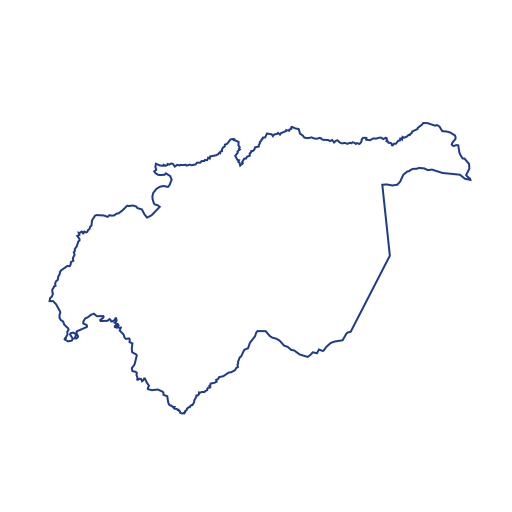 the district of La Plata, Huila, Colombia, rotated 194°
{"feature_id": "7082276B59987699383018", "entity_name": "La Plata", "entity_type": "district", "adm_level": 2, "iso_a3": "COL", "parent_name": "Colombia", "parent_adm1": "Huila", "projection": "orthographic", "projection_center": [-75.962, 2.328], "detail": "fine", "context": "isolated", "style": "outline", "palette": "blue", "viewbox_px": 512, "rotation_deg": 194, "n_neighbors": 0, "source": "geoboundaries", "source_scale": "gbopen_adm2", "svg_char_len": 6114}
<svg xmlns="http://www.w3.org/2000/svg" viewBox="0 0 512 512"><g transform="rotate(194 256 256)"><path d="M375.4,321.3L375.3,318.5L373.6,315.5L375.2,313.5L373.3,311.9L370.5,311.1L368.7,311.3L364.4,312.7L363.4,314.4L358.6,312.8L356.3,309.7L357.1,303.8L358.2,301.7L362.5,301.6L365.8,300.1L368.8,297.1L370.9,292.6L371.0,288.8L369.9,285.8L368.0,282.7L366.8,281.6L363.6,281.4L361.3,280.4L367.2,270.2L371.0,266.9L374.3,269.4L378.0,273.6L382.6,273.8L384.4,275.1L387.7,275.2L391.5,273.7L393.2,273.6L396.7,267.8L399.6,264.2L401.6,263.3L403.5,261.0L405.9,260.2L408.0,260.2L409.4,258.1L413.5,258.5L420.7,257.1L422.0,256.1L423.7,250.8L423.0,245.6L424.0,244.4L424.1,241.9L425.3,240.4L425.5,238.7L426.5,237.8L428.6,238.2L428.9,236.2L429.5,236.1L430.5,237.4L431.2,237.5L432.6,235.7L433.7,235.7L432.4,233.7L434.3,232.2L431.4,229.9L431.0,228.3L431.9,227.2L432.3,221.9L433.5,218.9L433.0,217.0L433.7,215.5L432.3,213.3L433.2,209.7L432.1,207.2L434.1,205.3L433.8,203.1L434.2,201.1L436.7,200.6L441.5,195.1L442.3,193.3L442.1,190.6L442.9,188.3L442.6,184.9L444.0,182.9L444.2,180.5L443.3,178.6L444.7,177.5L444.6,176.6L445.5,174.4L445.0,171.9L444.0,170.5L444.0,168.7L444.4,166.9L445.6,165.4L445.4,162.3L441.9,163.1L438.3,160.8L432.8,154.9L432.2,153.6L432.4,151.2L431.6,148.3L429.8,146.6L427.4,145.8L425.3,142.9L420.8,140.4L420.0,139.2L420.8,136.7L419.9,134.0L420.8,131.2L420.6,130.4L421.5,129.9L421.5,128.8L417.7,127.7L414.3,129.3L413.7,131.3L417.5,135.0L417.2,136.2L414.9,137.4L412.8,137.1L411.5,135.8L412.1,132.2L410.4,132.5L409.3,134.0L409.3,135.1L411.5,137.6L411.7,139.5L403.0,146.2L403.0,147.2L403.7,148.1L407.3,148.7L407.7,150.7L406.5,154.3L404.6,155.6L401.9,159.0L399.3,160.8L395.9,159.1L389.6,160.7L389.1,160.0L389.3,159.2L391.7,156.1L391.0,155.3L384.4,157.2L382.9,159.3L381.6,158.7L380.7,157.5L379.8,157.6L377.8,159.5L377.3,161.6L376.8,161.8L375.7,160.0L375.7,159.1L377.0,157.1L373.5,156.5L372.6,155.5L373.2,154.8L375.4,154.8L376.1,153.8L375.7,152.9L374.0,152.8L369.9,153.8L370.2,150.7L365.5,147.8L363.8,145.0L362.2,144.1L359.1,145.3L358.4,144.6L357.8,141.8L354.8,141.3L354.1,135.9L352.9,132.7L348.6,131.5L347.6,130.8L347.6,121.4L349.4,117.1L348.0,114.4L344.8,114.5L343.3,113.7L343.2,111.7L341.4,108.9L341.4,107.4L340.6,107.3L339.4,108.7L337.9,108.9L336.2,106.9L335.4,108.0L334.9,110.1L334.2,110.3L331.1,106.5L328.5,104.3L329.0,101.4L328.6,100.7L324.7,100.6L318.8,102.7L313.7,101.7L312.8,101.0L312.2,98.9L308.2,98.5L305.7,92.5L304.1,90.6L302.4,90.1L301.8,90.4L300.6,89.5L298.6,89.8L298.9,88.6L298.2,88.1L295.9,88.4L294.8,87.7L294.0,88.1L293.4,87.1L292.4,87.0L291.5,85.5L290.0,85.3L287.7,85.9L287.9,86.5L286.9,87.2L287.3,88.2L285.9,90.0L286.0,91.2L284.8,92.9L283.6,93.3L283.6,94.3L282.5,95.8L281.6,96.0L280.6,99.5L281.0,100.8L279.9,104.9L280.0,106.4L278.9,106.5L277.9,108.1L278.3,109.8L276.9,109.9L275.9,110.9L273.1,111.5L272.8,112.4L270.9,114.1L271.1,115.6L270.5,116.7L269.1,117.0L268.6,117.8L269.8,118.8L269.1,119.7L269.2,121.2L265.2,123.2L263.8,124.6L264.7,126.1L263.0,127.5L262.5,129.6L258.7,131.4L254.3,136.3L251.8,137.3L248.7,140.2L248.0,142.7L246.7,143.8L247.7,146.4L247.3,147.4L247.8,148.7L247.3,153.5L246.1,155.1L244.7,162.1L241.4,164.6L240.9,170.3L237.5,177.9L237.3,181.6L236.4,183.5L228.4,185.4L223.3,181.7L220.3,180.7L216.6,180.7L212.8,179.7L207.0,175.8L203.3,175.5L199.1,173.4L196.2,173.6L189.6,171.0L181.5,170.6L179.3,173.1L177.6,176.3L173.3,176.4L172.3,180.5L168.6,180.0L167.6,180.4L165.9,184.6L162.5,189.7L159.0,192.0L151.6,195.2L149.4,202.8L148.7,203.8L145.8,205.4L126.2,288.7L150.7,355.7L146.3,357.1L140.8,357.4L136.1,359.4L134.1,363.1L132.8,370.1L132.0,371.5L129.5,374.7L127.8,375.4L127.2,376.6L124.8,378.5L121.2,379.5L119.2,380.9L114.0,381.7L110.2,380.9L106.1,382.4L95.1,381.7L77.8,384.2L72.0,381.5L66.4,381.7L67.0,382.8L70.2,384.2L71.7,385.4L70.1,392.4L71.5,396.8L77.3,401.0L79.1,400.6L82.0,403.4L83.7,405.6L86.5,412.3L88.3,412.1L90.7,410.6L91.6,410.6L93.1,411.6L92.7,413.9L90.8,417.7L91.1,419.6L92.1,421.1L97.4,422.8L101.1,422.9L105.5,422.2L109.1,425.8L111.2,426.7L112.7,426.6L113.5,425.8L122.0,426.4L125.9,425.5L126.7,423.6L130.0,419.5L130.0,418.3L134.5,414.6L134.7,412.8L135.7,412.0L136.0,410.6L137.2,410.4L138.6,408.3L140.9,406.6L142.6,407.0L142.5,404.4L143.6,405.1L144.5,404.9L144.3,402.9L145.9,402.2L147.4,398.8L149.3,398.3L150.1,396.4L150.9,396.4L151.8,398.0L152.9,398.3L154.8,397.9L155.6,398.9L157.1,399.0L156.8,400.2L157.6,400.8L157.7,401.9L158.8,402.1L160.8,400.2L163.1,401.1L165.1,400.6L168.1,398.8L170.4,398.6L173.5,395.9L177.2,395.5L177.3,397.1L177.9,397.3L180.7,396.5L181.6,394.7L181.4,392.5L182.1,390.6L182.9,389.7L185.3,390.0L186.3,388.9L188.1,389.7L189.8,389.7L190.6,388.5L192.3,388.6L194.3,387.0L197.4,387.2L199.5,386.1L202.2,386.4L204.9,388.0L206.3,387.2L207.7,385.0L210.1,387.0L212.1,385.4L214.1,386.0L218.9,385.0L220.7,385.3L221.5,386.0L222.9,386.0L224.9,384.7L227.4,384.1L230.8,384.5L234.2,382.9L236.7,382.6L237.6,382.5L239.8,384.2L242.9,385.4L245.3,389.5L248.7,389.3L252.3,390.0L253.0,389.4L252.5,387.9L254.2,386.7L254.1,385.6L257.1,385.4L257.2,384.4L261.6,381.1L262.1,379.6L264.4,380.8L265.0,379.6L267.9,378.2L268.6,376.4L270.2,377.8L275.0,377.5L275.8,373.3L278.0,372.5L277.9,371.3L278.9,370.4L278.7,369.2L279.9,367.3L279.5,366.5L280.1,363.9L279.8,362.9L283.3,361.1L283.3,358.9L284.5,357.1L286.0,356.7L285.8,355.5L286.9,354.0L286.3,351.7L288.7,350.2L289.3,348.1L291.0,347.6L292.2,343.6L291.2,342.8L293.2,339.9L294.5,342.4L296.0,343.1L295.6,344.8L297.3,344.8L300.4,348.2L298.7,351.8L299.2,353.2L297.4,355.4L298.5,356.0L298.1,357.6L299.8,359.1L300.5,362.5L304.6,363.1L305.0,364.0L305.7,364.2L306.2,363.3L307.0,363.8L309.0,362.9L311.1,357.9L313.1,356.5L312.9,354.6L314.2,353.3L314.8,351.3L314.4,349.5L315.7,348.8L315.7,347.1L316.5,347.4L317.5,345.5L319.2,344.0L324.6,341.5L324.5,339.4L326.2,339.8L326.6,337.2L328.9,336.7L329.2,335.6L331.7,335.0L332.8,333.0L335.8,332.3L336.7,330.3L340.3,328.5L342.5,328.6L345.2,326.9L346.3,327.6L347.9,326.8L351.5,326.0L352.0,325.4L354.5,325.4L356.4,323.1L358.8,325.2L360.6,325.3L362.2,323.8L364.0,323.9L363.9,323.0L365.4,321.7L366.3,322.0L367.0,321.4L367.7,322.1L368.4,321.0L371.0,320.6L375.4,321.3Z" fill="none" stroke="#1e3a8a" stroke-width="2"/></g></svg>